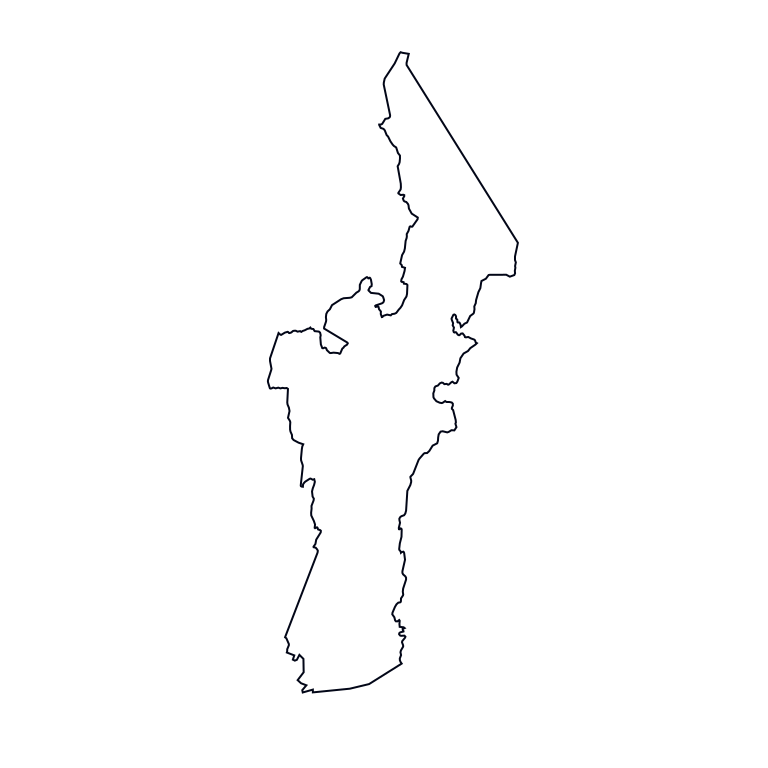 the Province of Rift Valley, rotated 201°
{"feature_id": "KEN-890", "entity_name": "Rift Valley", "entity_type": "Province", "adm_level": 1, "iso_a3": "KEN", "parent_name": "Kenya", "parent_adm1": "", "projection": "equal_earth", "projection_center": [36.059, 0.919], "detail": "fine", "context": "isolated", "style": "outline", "palette": "ink", "viewbox_px": 768, "rotation_deg": 201, "n_neighbors": 0, "source": "natural_earth", "source_scale": "10m", "svg_char_len": 6148}
<svg xmlns="http://www.w3.org/2000/svg" viewBox="0 0 768 768"><g transform="rotate(201 384 384)"><path d="M368.1,93.8L370.3,94.0L370.5,98.5L378.5,98.5L378.6,99.8L379.3,101.7L379.2,106.0L379.6,107.1L384.0,111.6L385.6,112.1L385.6,202.7L386.0,204.6L387.1,205.6L389.1,206.7L391.2,206.4L391.5,206.9L390.7,210.1L391.5,214.4L389.9,222.7L390.3,224.3L391.1,224.7L393.4,224.6L394.6,226.0L395.2,226.2L396.7,224.7L397.2,224.9L398.0,228.1L400.3,230.9L404.8,235.2L405.9,237.7L406.9,241.6L408.0,244.2L408.0,250.0L408.4,251.8L410.3,253.3L412.7,257.9L413.1,261.1L413.1,264.7L413.5,267.9L415.0,270.1L416.3,269.1L418.6,269.4L419.4,268.9L422.6,264.5L423.2,263.0L423.6,261.3L422.9,259.0L424.2,258.7L425.0,258.9L425.4,259.5L430.3,278.1L430.8,279.1L434.1,283.1L434.9,285.0L437.4,293.9L437.9,296.4L437.8,298.8L442.7,298.6L448.3,299.3L450.3,300.4L451.7,303.5L454.2,306.0L455.3,307.7L456.6,311.0L457.8,314.8L458.8,316.0L461.5,318.0L462.5,324.9L464.3,327.8L466.7,330.3L467.7,332.1L471.9,345.0L473.4,345.4L475.1,344.5L477.4,344.0L479.1,342.8L481.4,342.7L483.6,341.1L486.2,341.0L487.4,339.6L488.5,339.0L489.0,339.1L492.7,343.8L493.4,345.0L493.7,346.2L494.3,356.6L494.5,357.9L498.7,364.7L499.6,367.1L500.7,393.8L498.4,392.9L497.6,393.0L494.9,396.5L492.6,398.2L491.9,398.1L491.2,397.6L490.4,397.7L489.0,398.9L488.0,400.8L487.2,401.4L485.5,402.1L483.5,401.9L481.2,403.3L479.9,403.0L478.9,404.4L477.2,405.8L475.2,408.1L473.7,409.0L473.0,410.3L471.8,409.5L469.6,410.0L467.7,408.5L463.6,409.6L462.1,409.1L460.6,406.9L460.2,404.7L457.1,398.3L454.5,395.4L453.7,395.5L452.3,396.8L450.9,396.7L449.4,395.1L445.8,393.6L444.8,393.8L442.3,395.2L438.0,396.4L436.4,396.2L435.8,396.8L435.6,402.1L434.9,403.3L434.5,404.9L432.6,407.5L432.4,409.1L433.3,409.6L459.8,414.3L460.3,415.7L460.5,421.5L460.9,423.1L462.2,425.6L463.0,428.8L462.7,431.5L461.3,434.4L460.8,439.0L454.4,447.8L452.4,449.6L446.9,452.2L445.2,453.4L442.5,459.4L441.0,461.3L440.5,462.5L440.6,463.9L442.1,467.9L441.8,472.0L441.5,473.0L438.5,477.5L437.8,477.7L436.5,477.0L435.4,478.1L434.8,477.9L433.5,476.6L431.2,472.8L430.7,470.9L431.8,469.6L432.2,466.1L432.0,465.8L428.8,464.4L421.3,466.4L416.7,465.5L415.9,464.8L414.0,462.4L413.8,460.7L414.0,459.8L414.8,458.6L419.9,454.4L420.2,453.7L419.4,453.0L417.4,454.2L416.7,454.0L415.4,452.0L412.9,450.6L412.1,448.2L410.0,445.7L409.5,446.0L409.0,447.4L406.0,449.9L402.3,450.5L401.6,452.1L399.3,453.4L398.0,454.8L396.9,458.7L396.0,460.9L395.3,463.9L395.3,469.6L394.4,473.7L394.8,476.4L397.6,484.8L398.8,485.4L401.4,484.8L402.2,486.1L404.2,485.7L404.8,486.1L405.2,488.1L404.8,491.0L405.3,496.8L406.0,500.0L409.2,499.8L410.0,501.3L412.0,502.3L412.1,502.7L413.3,510.8L412.7,514.8L413.1,518.0L415.1,525.4L415.2,528.4L415.6,530.1L416.5,532.1L416.0,535.7L416.4,539.9L416.0,540.6L414.3,540.8L413.9,541.2L411.7,549.9L412.1,551.5L419.2,553.0L423.6,556.7L425.2,559.7L426.3,560.8L428.4,561.9L430.3,561.8L431.3,562.2L432.8,563.9L432.4,566.6L432.8,567.6L433.8,567.6L436.2,566.4L438.9,567.1L439.1,567.6L438.2,571.6L438.7,573.7L440.1,577.0L449.3,592.2L448.8,594.9L448.9,596.7L449.9,600.3L451.0,603.0L453.8,604.7L457.4,609.2L460.1,609.8L461.7,610.6L464.9,612.8L468.9,616.5L470.7,617.3L474.2,621.1L475.9,622.0L478.9,621.9L481.4,624.2L481.5,624.5L479.8,625.2L478.9,626.2L477.8,632.0L475.3,633.5L474.4,634.8L474.2,635.7L474.6,637.1L491.6,663.5L492.2,665.4L492.8,669.4L488.9,687.1L488.0,698.1L487.4,699.7L485.5,699.8L479.2,701.1L478.0,691.8L477.2,689.9L309.6,563.8L307.4,550.0L306.1,546.6L304.5,544.8L303.9,541.1L303.0,539.6L302.4,536.5L301.3,534.3L301.4,532.4L305.0,529.3L309.0,529.8L324.3,523.9L325.4,523.2L326.6,518.8L329.9,515.1L329.6,513.2L328.4,508.0L328.8,503.6L328.1,495.3L327.3,492.3L327.5,488.8L326.3,486.2L325.6,482.7L325.8,481.7L327.9,478.4L328.5,471.2L330.5,469.1L331.9,465.7L332.6,464.7L333.8,466.8L335.4,468.3L336.0,468.4L337.0,467.9L337.6,468.1L338.7,470.4L340.2,470.9L341.0,473.0L342.2,474.0L343.3,474.1L344.0,473.5L344.4,469.4L343.9,468.4L341.3,465.6L340.9,463.4L338.9,461.7L338.4,458.6L337.4,457.4L336.7,457.3L335.8,458.0L335.2,458.1L332.8,456.5L331.5,456.4L331.0,456.7L330.1,458.7L328.7,459.4L326.2,458.0L325.2,456.8L324.2,456.9L322.2,458.1L319.2,457.7L315.8,457.8L314.7,457.4L313.2,455.6L311.9,455.4L312.8,453.5L316.3,448.4L317.4,444.9L320.6,441.0L321.9,435.4L321.1,431.1L321.6,425.6L320.8,421.4L319.6,418.7L316.4,416.4L316.4,412.5L316.8,410.8L318.5,409.9L320.9,410.7L321.7,409.9L323.2,406.9L323.9,406.3L325.5,406.6L327.6,405.5L329.4,406.2L330.7,406.0L332.1,404.6L333.1,401.9L335.1,400.2L335.5,398.7L335.3,397.5L334.7,396.1L334.6,392.9L333.1,389.4L332.2,388.5L328.9,386.7L325.3,386.5L323.2,386.9L322.5,387.5L320.8,390.0L319.3,389.6L316.2,390.7L314.1,391.0L312.7,390.3L312.0,388.5L312.1,386.1L311.8,385.2L310.1,384.4L304.2,376.1L303.1,373.9L303.1,372.5L300.9,369.7L301.7,365.9L304.5,365.0L306.4,362.5L307.6,361.5L312.3,360.9L314.1,359.8L314.9,356.6L314.3,353.6L313.3,350.4L313.1,347.7L316.5,343.9L317.7,337.7L319.0,335.0L321.3,334.0L321.9,333.2L324.1,327.2L324.5,325.5L324.6,310.5L326.1,306.9L325.8,306.1L324.0,303.6L323.5,302.2L323.2,299.1L323.9,292.6L318.0,273.7L317.7,270.7L318.2,268.7L320.4,266.8L321.2,265.4L321.4,263.7L320.8,262.4L319.3,260.2L318.6,254.9L318.0,253.8L317.5,253.9L316.7,255.2L315.9,255.1L315.3,254.4L312.9,247.6L312.1,240.9L310.7,235.4L310.3,234.7L308.4,233.6L307.7,232.5L307.3,233.3L305.9,234.4L305.2,234.1L304.6,233.4L301.4,227.5L299.7,215.8L299.1,214.2L297.9,213.1L295.2,212.1L294.0,211.1L293.3,209.3L292.8,199.8L292.0,196.8L290.6,194.3L290.5,193.4L291.3,189.9L290.4,187.4L290.3,186.6L290.7,185.9L292.3,185.0L293.4,182.8L293.9,179.7L294.1,173.5L293.7,171.9L290.7,169.9L288.9,167.3L287.8,166.7L286.3,167.3L285.2,169.1L284.5,168.6L283.6,165.5L282.3,162.9L278.5,163.9L277.3,163.5L278.8,162.0L278.1,160.8L277.2,160.3L277.1,159.9L279.8,158.0L280.4,157.0L280.3,155.9L279.0,155.0L277.9,155.0L274.7,156.4L273.4,155.7L273.5,154.4L274.8,150.6L274.7,149.4L272.5,146.9L272.0,145.7L272.7,141.3L272.5,139.5L270.9,137.0L270.9,133.5L270.2,131.8L268.9,130.4L267.3,129.3L290.4,98.5L306.7,87.3L339.9,70.6L340.9,73.2L349.3,66.9L350.6,68.9L348.5,74.9L354.2,74.9L358.5,76.6L355.7,86.1L360.7,98.5L365.9,100.8L366.5,95.3L368.1,93.8Z" fill="none" stroke="#020617" stroke-width="2"/></g></svg>